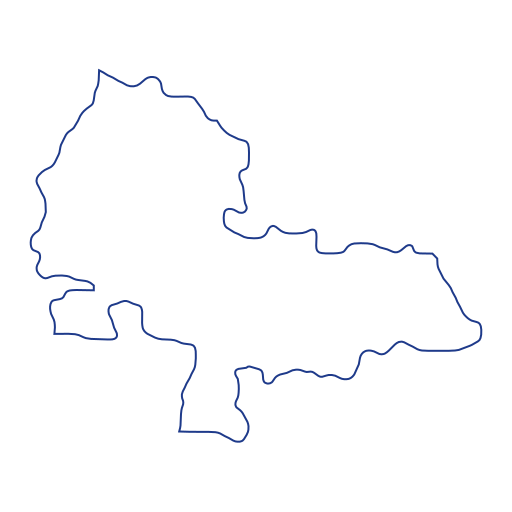 Villa Rivas, Duarte, Dominican Republic (Albers equal-area conic projection)
{"feature_id": "3306468B95722442714869", "entity_name": "Villa Rivas", "entity_type": "district", "adm_level": 2, "iso_a3": "DOM", "parent_name": "Dominican Republic", "parent_adm1": "Duarte", "projection": "albers", "projection_center": [-69.879, 19.149], "detail": "fine", "context": "isolated", "style": "outline", "palette": "blue", "viewbox_px": 512, "rotation_deg": 0, "n_neighbors": 0, "source": "geoboundaries", "source_scale": "gbopen_adm2", "svg_char_len": 5973}
<svg xmlns="http://www.w3.org/2000/svg" viewBox="0 0 512 512"><path d="M216.9,120.6L213.7,120.6L211.5,120.3L209.5,119.4L207.8,118.2L205.8,115.7L204.0,111.8L202.1,108.8L197.8,103.1L194.8,98.9L193.2,97.6L191.1,96.9L187.7,96.5L175.3,96.7L171.6,96.6L168.0,96.0L166.0,95.0L163.6,92.8L162.6,91.0L161.9,88.9L161.0,83.5L160.1,81.5L158.1,79.1L156.3,77.8L155.2,77.4L153.0,77.0L150.7,77.0L148.5,77.5L147.4,77.9L145.4,79.1L140.0,83.7L137.0,85.5L133.7,86.3L130.2,86.2L127.0,85.3L122.4,82.7L118.4,80.9L112.9,77.6L107.8,75.3L103.2,72.4L99.1,70.3L98.7,80.2L98.2,83.7L97.7,86.0L95.5,90.7L94.8,92.8L93.7,100.5L92.8,103.5L91.6,105.0L86.6,108.7L83.9,111.1L82.3,112.9L80.3,115.8L78.0,120.8L73.8,127.8L72.4,129.1L68.4,132.0L67.0,133.4L65.8,135.1L61.0,144.8L60.4,147.0L59.4,152.6L58.6,154.7L54.9,162.3L53.7,164.2L52.3,165.8L50.7,167.1L44.8,170.0L41.9,172.1L38.6,175.4L37.3,177.4L36.9,178.4L36.5,180.7L36.6,181.8L37.2,183.9L39.6,188.4L41.4,192.4L44.0,197.1L44.8,199.2L45.2,201.5L45.5,203.8L45.8,212.1L44.5,216.7L41.8,222.4L40.3,227.6L39.5,229.4L38.3,230.8L35.2,233.0L33.0,235.2L31.9,237.0L31.4,238.0L30.9,240.3L30.7,242.5L30.8,244.8L31.2,246.9L32.0,248.8L33.3,250.1L38.1,252.1L39.4,253.4L40.0,255.3L40.1,257.3L39.8,259.4L39.1,261.4L37.3,264.9L36.7,266.9L36.6,268.0L36.8,270.2L37.2,271.4L38.4,273.4L39.9,275.1L41.5,276.6L43.4,277.8L44.4,278.1L45.5,278.3L47.3,278.0L51.9,276.3L55.5,275.7L61.8,275.5L66.8,276.0L69.2,276.6L74.0,278.9L76.0,279.6L78.3,280.0L85.1,280.9L87.4,281.4L90.4,282.8L93.8,285.5L93.8,290.3L76.3,290.0L72.2,290.2L69.6,290.5L67.4,291.3L66.4,292.0L65.2,293.7L63.4,297.1L61.9,298.4L59.8,299.1L54.1,300.2L53.0,300.6L52.0,301.3L51.4,302.1L50.5,304.1L50.1,306.5L50.1,308.9L50.5,311.4L51.1,313.9L53.8,319.6L54.5,322.1L54.8,324.8L54.9,327.5L54.4,333.9L68.3,333.8L75.0,334.2L78.8,335.1L83.4,337.2L85.8,338.1L91.0,338.9L108.4,339.5L112.1,339.4L114.3,338.9L115.2,338.4L116.1,337.7L116.7,336.8L117.0,335.8L116.9,333.8L116.6,332.8L114.1,327.7L111.9,320.1L109.1,314.5L108.8,313.5L108.5,311.3L108.6,309.2L109.3,307.3L109.9,306.4L111.6,305.2L117.3,303.5L120.9,301.9L124.1,301.0L126.4,301.0L128.5,301.6L133.1,303.7L138.9,305.5L140.6,306.7L141.2,307.6L141.9,309.7L142.2,311.9L142.1,323.0L142.3,325.4L142.7,327.8L143.1,329.0L144.2,330.9L145.7,332.5L147.4,333.8L155.0,337.6L158.2,338.7L161.9,339.3L170.8,339.7L174.4,340.2L176.6,340.9L181.4,343.0L183.8,343.6L190.8,344.5L192.9,345.3L193.8,346.0L195.0,347.8L195.7,351.1L195.8,354.7L195.8,358.5L195.3,364.7L194.8,367.2L194.0,369.3L191.5,374.0L189.7,378.1L186.5,383.6L184.7,387.7L182.8,391.4L181.9,394.3L181.9,396.4L182.2,398.4L183.1,400.9L183.3,402.6L183.1,404.4L181.9,408.0L181.4,410.3L181.0,414.0L180.5,425.5L180.1,428.0L179.2,431.5L189.7,431.8L209.2,431.9L215.5,432.2L218.0,432.7L220.2,433.5L224.8,436.1L228.8,438.0L233.3,440.6L235.4,441.4L237.5,441.7L239.7,441.7L241.7,441.1L242.6,440.6L244.0,439.1L246.6,434.9L247.9,432.0L248.4,429.7L248.5,426.2L248.1,423.9L247.4,421.8L242.7,413.2L241.5,411.6L240.1,410.2L236.5,407.4L236.0,406.6L235.4,404.9L235.5,402.9L236.0,401.2L237.7,397.7L238.3,395.4L238.6,392.9L238.8,389.0L238.7,385.1L237.8,378.9L236.0,375.9L235.3,374.2L235.2,372.3L235.4,371.3L235.9,370.4L236.7,369.7L238.4,368.9L246.2,367.8L248.1,366.6L249.7,366.5L258.9,369.2L260.7,370.1L261.5,370.8L262.4,372.5L262.8,374.5L263.2,379.5L263.8,381.3L264.4,382.2L265.2,382.8L267.1,383.5L268.0,383.6L270.0,383.3L271.7,382.4L272.4,381.7L275.0,377.9L276.4,376.5L278.2,375.4L280.2,374.5L286.8,372.9L292.5,370.3L295.9,369.7L298.2,369.7L300.4,370.0L305.0,371.6L306.7,372.0L310.6,371.6L312.4,371.9L314.1,372.8L318.4,375.9L320.2,376.7L322.1,376.8L326.5,375.5L328.6,375.0L331.9,375.0L335.2,375.7L339.9,378.0L341.9,378.8L344.2,379.2L346.4,379.2L348.7,378.9L350.7,378.0L352.4,376.7L353.8,375.1L354.4,374.2L358.8,364.4L360.0,357.8L360.7,355.7L361.8,353.9L363.3,352.3L365.2,351.2L366.3,350.8L368.5,350.5L370.8,350.6L374.0,351.4L379.4,354.0L381.6,354.3L383.7,354.0L384.8,353.6L386.8,352.3L388.7,350.7L394.8,344.6L396.7,343.1L398.8,342.0L401.0,341.7L402.1,341.7L404.2,342.3L408.7,344.7L412.7,346.6L417.3,349.2L419.5,350.0L421.9,350.5L428.2,350.8L448.8,350.8L455.1,350.5L458.9,349.9L469.8,345.8L471.8,344.9L477.9,341.4L479.5,340.0L480.5,338.0L481.2,334.6L481.3,329.8L480.8,326.3L479.9,324.2L479.2,323.4L478.4,322.7L476.6,322.0L471.6,320.6L469.6,319.5L467.7,318.1L465.9,316.4L464.3,314.7L462.9,312.7L460.0,306.7L457.4,302.0L455.7,297.8L452.6,292.2L450.8,288.1L448.8,285.1L443.5,278.6L438.6,268.8L437.9,266.7L437.5,264.4L437.2,258.5L432.4,253.6L419.8,253.4L416.4,252.7L415.5,252.3L414.1,250.9L412.3,246.4L411.7,245.8L410.0,245.1L408.1,245.2L406.2,246.1L401.2,250.2L399.3,251.4L397.2,252.2L395.0,252.3L392.9,251.8L387.3,249.4L379.7,247.3L374.9,245.0L372.7,244.2L367.5,243.4L360.9,243.2L354.3,243.5L351.8,244.1L350.7,244.6L348.9,245.7L347.4,247.0L344.6,250.7L343.9,251.4L343.0,252.0L340.9,252.7L337.2,253.2L333.4,253.4L325.6,253.4L322.0,253.1L319.7,252.6L318.7,252.1L317.8,251.3L317.1,250.4L316.7,249.3L316.4,248.2L316.2,245.8L316.5,236.9L316.3,233.4L315.6,231.4L314.9,230.5L314.0,229.9L313.1,229.7L312.1,229.6L310.3,230.0L306.1,232.0L302.5,233.0L295.9,233.5L289.2,233.4L285.3,232.8L282.9,231.9L280.9,230.8L275.8,226.8L273.9,226.0L272.9,225.9L271.2,226.4L269.7,227.5L268.6,229.0L266.4,233.4L265.1,235.0L263.5,236.3L261.5,237.3L260.3,237.7L257.8,238.1L254.1,238.3L247.7,237.9L244.1,237.0L238.4,234.1L234.3,232.4L226.5,227.5L225.1,225.8L224.3,223.7L223.9,221.3L223.7,217.7L224.0,214.2L224.5,212.0L225.0,211.0L225.8,210.1L226.7,209.5L228.7,208.9L231.8,209.1L233.8,209.7L239.0,212.5L241.0,212.8L242.0,212.8L243.1,212.6L244.8,211.7L246.0,210.2L246.4,209.4L246.7,208.4L246.5,206.6L245.1,203.3L244.4,199.9L243.6,191.0L243.1,187.2L242.4,184.9L239.8,179.2L239.4,177.1L239.3,175.0L239.7,173.0L240.7,171.4L242.1,170.4L246.1,168.8L247.4,167.4L247.9,166.5L248.5,164.3L248.9,160.6L249.0,152.7L248.8,147.7L248.1,144.2L246.9,142.3L246.2,141.6L244.4,140.8L238.4,139.1L229.6,134.9L226.7,132.9L224.0,130.4L221.5,127.7L220.1,125.7L216.9,120.6Z" fill="none" stroke="#1e3a8a" stroke-width="2"/></svg>